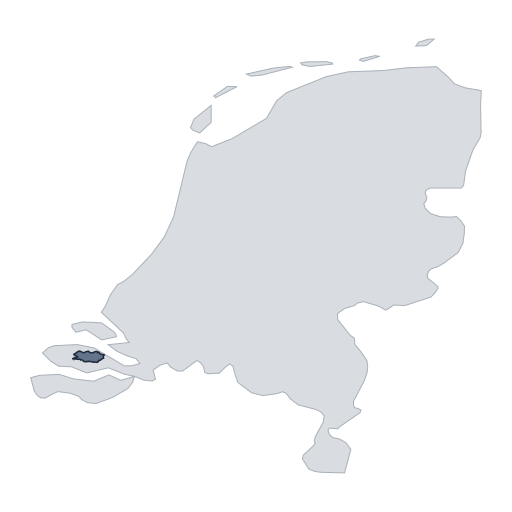 Goes, Zeeland, Netherlands shown in context
{"feature_id": "6326949B11720350341334", "entity_name": "Goes", "entity_type": "district", "adm_level": 2, "iso_a3": "NLD", "parent_name": "Netherlands", "parent_adm1": "Zeeland", "projection": "natural_earth1", "projection_center": [3.836, 51.516], "detail": "fine", "context": "in_parent", "style": "filled", "palette": "slate", "viewbox_px": 512, "rotation_deg": 0, "n_neighbors": 0, "source": "geoboundaries", "source_scale": "gbopen_adm2", "svg_char_len": 5733}
<svg xmlns="http://www.w3.org/2000/svg" viewBox="0 0 512 512"><path d="M344.6,472.9L332.5,472.6L321.2,472.3L315.3,471.5L308.9,469.2L305.9,464.4L302.4,458.7L303.3,455.2L313.8,445.3L315.3,442.5L314.2,441.1L315.3,436.7L323.3,421.9L324.2,415.9L320.6,411.7L315.3,409.3L298.3,404.9L290.1,398.7L286.3,393.3L282.5,391.7L277.0,393.6L262.9,395.6L251.4,392.7L237.8,382.4L234.7,373.3L233.0,366.3L229.6,363.9L225.1,367.4L219.3,373.1L208.0,373.8L204.7,372.5L204.2,369.3L203.5,366.3L200.4,362.6L197.0,360.5L182.6,371.0L177.3,371.0L170.5,367.0L167.2,363.0L159.8,365.3L153.2,370.1L155.5,379.3L151.9,381.0L143.7,380.1L134.4,376.4L124.1,374.1L108.4,367.8L86.6,372.9L71.4,366.8L58.8,366.2L50.9,361.3L42.5,353.0L48.5,347.6L54.3,345.7L77.3,344.6L94.1,347.9L124.3,365.9L132.0,365.7L140.0,363.5L135.9,358.6L128.4,356.3L117.1,351.4L108.2,344.7L129.2,342.5L126.3,339.0L123.5,333.0L101.3,312.2L105.1,306.6L110.6,294.5L117.6,284.5L123.1,281.8L132.2,274.7L151.8,253.9L164.3,236.9L173.6,216.8L187.0,161.5L191.0,152.1L197.5,141.7L205.8,143.7L211.5,146.7L231.8,138.8L266.5,118.4L276.6,100.8L286.6,92.6L326.3,76.6L348.3,71.8L382.3,70.6L406.9,67.8L436.4,66.7L447.8,76.6L454.4,83.8L465.0,87.8L481.3,90.6L480.6,104.8L481.1,133.0L480.0,138.0L472.9,149.9L465.5,171.3L463.6,185.4L461.3,188.0L430.2,188.0L425.8,190.4L425.2,193.4L426.9,197.1L426.2,200.7L423.8,203.6L425.2,208.3L430.6,213.6L440.5,216.8L451.1,217.1L456.5,216.6L460.5,220.4L464.5,226.2L464.3,233.5L462.9,243.4L458.1,252.5L443.9,263.1L437.5,266.8L431.4,268.7L428.6,271.4L427.3,275.0L427.6,278.1L438.0,286.6L437.8,288.5L434.9,292.9L431.0,297.0L404.7,305.6L393.7,305.0L387.5,309.2L385.6,310.1L378.6,306.1L363.2,301.6L357.4,303.1L354.2,305.6L344.5,308.6L337.6,313.4L337.7,319.5L350.1,335.2L354.5,338.3L354.8,344.2L360.8,351.6L367.0,360.8L367.7,366.7L367.1,372.7L364.1,381.2L353.6,401.0L353.5,404.8L354.4,407.7L358.1,408.5L360.9,410.0L360.1,412.6L340.2,426.4L337.7,428.8L329.3,428.1L328.0,430.4L329.2,434.1L332.5,437.4L339.6,439.1L345.8,442.6L350.8,449.4L344.6,472.9ZM134.4,376.4L132.7,382.1L128.1,388.4L112.4,397.5L96.1,403.5L87.6,402.7L81.8,399.6L78.7,396.3L70.0,393.2L57.9,391.6L50.5,395.0L45.1,398.2L40.4,397.7L36.9,395.0L34.2,390.8L30.7,377.7L39.7,375.3L59.1,374.4L74.1,379.0L93.8,381.2L108.9,374.9L120.8,380.3L134.4,376.4ZM101.6,322.9L113.1,331.2L115.6,333.8L116.5,336.7L101.8,339.9L86.2,329.8L75.9,332.2L72.0,327.4L72.0,324.4L82.7,321.9L101.6,322.9ZM211.2,122.3L199.6,133.0L192.6,130.0L190.5,127.5L194.0,119.2L211.1,105.4L211.2,122.3ZM262.3,75.0L251.4,76.2L246.5,74.1L272.7,68.2L289.3,66.4L292.3,67.2L262.3,75.0ZM332.7,64.1L309.7,66.5L301.9,64.7L300.6,62.9L306.9,61.9L326.5,61.6L332.6,63.2L332.7,64.1ZM237.0,86.7L215.5,97.7L213.6,96.0L227.5,86.4L237.0,86.7ZM426.5,45.6L415.7,46.1L418.8,42.1L428.8,39.1L434.2,39.1L426.5,45.6ZM379.8,56.3L363.5,61.4L359.5,60.3L360.5,58.9L374.9,55.7L379.8,56.3Z" fill="#d9dde1" stroke="#a8b0b8" stroke-width="1"/><path d="M97.3,362.3L97.5,362.1L97.8,362.0L97.8,361.9L97.7,361.8L97.7,361.7L97.9,361.4L98.0,361.4L98.3,361.3L98.5,361.4L98.7,361.2L98.8,361.0L98.8,360.9L98.8,360.7L98.8,360.4L100.4,360.2L100.5,360.2L100.9,359.6L101.0,359.6L102.4,358.7L103.4,358.2L103.5,358.2L103.4,357.5L103.4,357.4L103.3,356.9L103.3,356.6L103.3,356.4L103.3,356.1L103.4,355.9L103.8,355.2L104.1,355.3L104.2,354.9L103.9,354.8L103.7,354.7L103.4,354.7L103.2,354.7L102.6,354.5L102.3,354.5L102.1,354.5L102.0,354.4L101.9,354.4L101.7,354.3L101.4,354.2L101.2,354.2L100.9,354.1L100.7,354.0L100.6,353.9L100.4,353.8L100.0,353.7L99.9,353.7L99.7,353.6L99.6,353.4L99.6,353.1L99.5,352.9L99.4,352.8L99.2,352.6L98.9,352.4L98.7,352.3L98.4,352.4L98.5,352.2L98.4,352.1L98.2,352.2L97.9,352.1L97.7,352.1L97.4,352.0L97.4,351.9L97.3,351.7L97.2,351.7L96.9,351.6L96.7,351.6L96.2,351.5L95.9,351.6L95.7,351.6L95.4,351.6L95.2,351.7L94.9,351.8L94.6,351.9L94.4,352.1L94.2,352.1L93.9,352.2L93.8,352.3L93.6,352.4L93.4,352.4L93.3,352.5L93.2,352.5L92.9,352.6L92.6,352.7L92.4,352.8L92.2,352.8L91.6,352.9L91.3,352.9L91.0,352.9L90.8,352.9L90.6,352.9L90.3,352.7L90.2,352.6L89.9,352.4L89.7,352.3L89.6,352.2L89.3,352.0L89.2,352.0L89.2,351.9L88.9,351.7L88.7,351.4L88.3,351.2L88.1,351.2L87.9,351.2L87.7,351.3L87.3,351.4L87.0,351.5L86.6,351.6L86.4,351.6L86.2,351.7L86.0,351.8L85.6,351.9L85.5,352.0L85.1,352.1L84.9,352.2L84.6,352.3L84.4,352.5L84.2,352.6L83.7,352.7L83.4,352.7L83.2,352.7L81.0,351.6L80.2,351.2L79.8,351.1L79.7,351.1L79.4,351.1L79.2,351.1L78.8,351.3L78.7,351.3L78.7,351.5L78.4,351.6L78.2,351.6L77.9,351.7L77.7,351.8L77.4,351.9L77.3,352.0L76.9,352.2L76.8,352.3L76.6,352.4L76.6,352.5L76.4,352.8L76.1,353.0L75.7,353.2L75.6,353.3L75.3,353.4L75.2,353.5L74.8,353.7L74.5,353.9L74.4,354.0L74.1,354.2L74.0,354.3L73.9,354.3L73.8,354.6L75.1,355.3L75.3,355.4L75.3,355.5L75.4,355.4L76.8,356.1L76.9,356.3L77.0,356.4L77.3,356.4L77.7,356.6L77.5,357.3L73.5,358.2L73.4,358.6L72.8,358.6L72.8,358.8L73.6,358.8L74.3,358.9L74.3,359.0L74.4,358.9L74.5,358.9L74.9,358.9L75.2,358.9L75.4,358.9L75.7,359.0L76.2,359.1L76.4,359.1L76.7,359.1L77.2,359.2L77.3,359.2L77.5,359.2L77.6,359.3L78.0,359.3L78.4,359.3L78.5,359.3L79.0,359.3L79.4,359.3L79.7,359.4L80.1,359.4L80.2,359.5L80.2,359.4L80.5,359.5L80.9,359.6L81.3,359.7L81.5,359.8L82.0,360.0L82.7,360.5L83.0,360.7L83.4,361.0L83.4,360.9L83.4,361.0L83.5,361.0L83.4,361.0L83.6,361.1L83.8,361.2L84.0,361.4L84.4,361.5L84.6,361.6L84.8,361.6L85.0,361.7L85.5,361.7L85.7,361.8L85.8,361.8L86.1,361.8L86.4,361.7L86.7,361.7L86.8,361.6L87.2,361.6L87.4,361.5L87.8,361.5L87.8,361.4L88.1,361.4L88.3,361.4L88.6,361.4L88.8,361.4L89.4,361.4L89.5,361.4L89.6,361.5L89.8,361.6L90.1,361.6L90.3,361.6L90.5,361.5L91.1,361.6L92.2,361.8L92.3,361.9L92.4,362.0L92.5,362.1L92.8,362.2L93.0,362.2L93.3,362.1L93.5,362.0L93.8,362.1L94.8,362.2L95.1,362.2L96.2,362.3L96.8,362.3L97.3,362.3Z" fill="#64748b" stroke="#1e293b" stroke-width="1.5"/></svg>